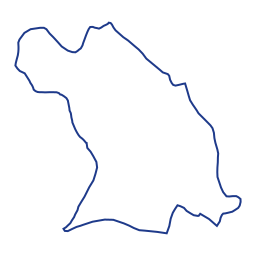 outline of Matagi, Tuvalu
{"feature_id": "33948139B17363749661168", "entity_name": "Matagi", "entity_type": "district", "adm_level": 2, "iso_a3": "TUV", "parent_name": "Tuvalu", "parent_adm1": "", "projection": "natural_earth1", "projection_center": [178.689, -7.484], "detail": "fine", "context": "isolated", "style": "outline", "palette": "blue", "viewbox_px": 256, "rotation_deg": 0, "n_neighbors": 0, "source": "geoboundaries", "source_scale": "gbopen_adm2", "svg_char_len": 2288}
<svg xmlns="http://www.w3.org/2000/svg" viewBox="0 0 256 256"><path d="M166.7,233.3L169.3,226.1L170.7,218.7L172.8,212.8L175.1,208.9L177.5,205.3L180.4,206.2L184.0,207.9L186.6,210.9L190.6,213.4L193.7,215.2L197.7,215.9L198.7,215.8L200.2,213.8L209.0,219.0L216.9,225.9L219.8,221.4L220.6,217.8L221.9,215.0L223.2,213.6L225.2,213.4L227.9,212.8L232.3,211.7L235.2,209.9L238.2,207.9L239.7,205.6L240.6,201.9L240.5,199.0L238.3,197.2L236.2,196.1L233.1,196.1L229.2,196.5L226.5,196.3L223.2,192.2L221.0,187.5L217.5,177.0L217.3,172.1L217.4,167.7L217.8,162.4L217.9,157.4L218.2,153.5L217.4,149.6L215.4,142.8L214.4,138.1L213.9,132.8L212.5,128.2L210.5,125.4L205.1,119.9L198.5,113.3L196.6,110.2L194.5,107.1L192.9,104.8L190.1,100.3L188.7,95.8L187.4,91.2L185.1,83.5L183.2,83.8L179.2,84.8L175.5,85.6L173.2,84.9L171.7,83.0L170.1,79.8L169.2,75.8L167.8,74.1L162.8,72.4L159.7,69.7L146.3,58.6L142.7,53.7L138.7,49.5L134.4,45.9L128.1,40.5L123.3,37.2L115.5,30.3L113.5,27.5L111.9,24.5L110.6,23.0L108.7,22.7L108.1,23.6L106.7,24.5L103.6,25.9L101.3,27.5L99.0,28.6L97.0,28.1L94.8,27.7L92.8,26.9L90.2,27.0L88.7,29.1L87.4,31.9L86.0,35.4L84.4,39.8L83.2,43.0L82.5,45.4L80.8,48.4L79.1,49.6L77.5,51.0L75.4,52.3L72.3,52.1L67.8,50.6L61.7,46.5L57.8,42.1L53.3,37.2L49.6,33.5L46.4,29.2L43.9,27.8L40.1,27.8L30.6,29.2L24.4,32.9L19.5,39.5L18.3,42.6L18.5,46.7L18.5,49.2L18.3,52.1L17.8,55.4L16.6,59.8L15.8,63.0L15.4,65.6L17.5,68.6L19.8,71.0L24.7,73.3L29.4,80.7L30.4,82.9L32.1,85.4L33.1,87.6L33.7,89.6L35.5,91.1L37.6,92.0L37.8,92.0L39.5,92.2L41.8,92.2L44.1,92.3L46.6,92.3L49.5,92.2L52.8,92.2L56.6,92.3L58.9,93.1L60.2,94.5L61.5,94.7L63.9,96.2L66.4,98.1L67.9,100.6L68.1,101.8L69.3,107.9L69.6,110.6L70.8,113.2L71.1,115.1L71.4,117.4L72.2,120.7L72.4,122.5L75.1,128.9L76.1,130.9L77.2,132.9L78.7,135.3L80.2,137.1L81.6,138.1L83.3,139.6L84.8,141.3L86.2,143.0L86.6,143.0L87.3,147.9L90.6,151.7L93.3,156.2L96.4,162.0L97.1,167.5L96.1,171.4L95.4,174.1L93.4,180.4L89.2,187.3L86.8,192.1L84.5,196.7L81.2,202.0L78.4,206.7L77.5,210.2L75.2,214.4L74.1,217.1L71.9,220.4L70.3,223.2L67.7,225.6L66.1,227.2L63.5,228.8L64.8,230.9L67.8,231.1L72.5,228.8L76.6,226.9L80.4,225.8L82.9,224.9L92.6,221.7L104.7,219.6L113.3,219.8L123.9,223.4L129.3,225.7L133.8,228.0L139.3,230.2L144.3,230.6L150.3,231.2L157.2,231.9L166.7,233.3Z" fill="none" stroke="#1e3a8a" stroke-width="2"/></svg>